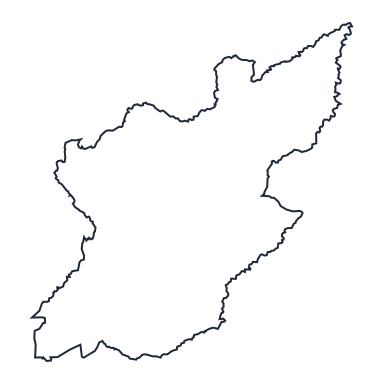 Zacualpan, Veracruz, Mexico
{"feature_id": "50627088B74691902992320", "entity_name": "Zacualpan", "entity_type": "district", "adm_level": 2, "iso_a3": "MEX", "parent_name": "Mexico", "parent_adm1": "Veracruz", "projection": "albers", "projection_center": [-98.327, 20.505], "detail": "fine", "context": "isolated", "style": "outline", "palette": "slate", "viewbox_px": 384, "rotation_deg": 0, "n_neighbors": 0, "source": "geoboundaries", "source_scale": "gbopen_adm2", "svg_char_len": 5866}
<svg xmlns="http://www.w3.org/2000/svg" viewBox="0 0 384 384"><path d="M223.4,311.9L222.0,308.6L223.6,306.8L223.5,303.3L222.2,301.7L224.1,298.0L226.3,297.8L228.4,295.0L228.0,293.1L226.4,291.0L226.7,288.1L225.7,285.2L228.2,283.8L228.7,282.5L230.7,281.6L231.2,278.6L235.8,278.9L236.3,275.5L239.5,274.3L241.7,271.3L242.7,271.0L245.0,271.9L245.0,269.4L250.2,269.6L250.3,268.5L248.9,267.8L249.4,264.7L251.6,264.0L253.0,261.8L257.0,262.2L258.0,258.8L260.5,254.9L261.9,254.3L264.4,255.5L266.8,255.2L267.7,252.0L270.3,252.0L271.3,250.8L273.6,250.6L275.8,248.6L277.8,247.8L278.3,243.4L281.4,243.1L282.5,242.3L281.9,240.1L283.6,239.6L283.8,238.2L282.0,236.5L282.0,234.5L282.7,233.2L285.2,232.3L284.5,230.6L285.2,229.1L287.7,228.1L291.7,228.0L293.8,223.7L295.5,222.9L296.0,221.1L298.4,218.2L300.9,216.6L302.6,213.1L301.5,211.6L299.6,210.9L293.1,211.4L286.6,209.6L280.7,206.1L278.4,201.7L274.0,197.8L271.6,197.8L269.3,196.2L262.0,195.8L264.4,193.7L264.3,192.4L267.2,186.8L267.6,178.4L268.9,176.5L267.6,175.3L267.8,171.9L267.3,170.4L272.0,163.6L271.8,161.8L272.5,160.9L274.0,161.0L275.7,162.5L277.9,162.6L278.3,160.7L280.8,159.6L282.7,156.3L287.7,155.1L288.1,154.2L292.0,152.0L294.3,149.7L299.0,150.5L301.6,152.0L306.8,150.8L311.4,148.5L312.1,147.8L312.3,144.4L316.3,143.3L316.1,133.4L317.6,131.8L319.3,132.4L320.2,131.3L319.6,127.9L320.5,126.7L322.3,126.7L323.1,125.0L323.0,122.0L324.2,119.7L327.1,119.6L329.1,120.6L330.3,118.9L330.9,116.0L333.7,116.6L334.6,116.2L335.0,113.9L333.1,111.7L332.7,110.1L334.1,108.8L337.1,108.0L337.8,104.9L340.6,103.9L335.9,100.9L334.2,97.0L337.3,96.1L337.5,95.1L339.5,94.0L337.5,92.6L335.0,92.2L335.5,89.0L335.1,86.6L336.3,84.8L335.9,82.7L338.7,83.6L340.2,83.3L340.9,81.0L340.7,80.1L338.0,78.1L338.8,76.1L338.5,74.4L339.5,72.8L337.8,69.0L337.9,68.4L339.5,68.8L340.6,66.9L340.0,65.7L335.8,62.6L337.5,59.9L336.2,58.8L336.3,58.1L340.7,56.2L340.9,55.5L340.3,50.2L342.3,46.0L344.3,44.9L341.8,43.8L341.5,42.3L343.5,40.0L346.3,39.0L344.6,35.2L346.7,34.1L348.8,35.0L350.4,34.3L350.9,33.2L350.0,30.0L348.4,27.5L349.1,26.7L352.0,26.4L350.1,23.0L347.6,23.6L345.7,24.9L343.9,24.6L342.3,25.1L340.6,26.9L339.5,29.7L334.9,29.8L334.7,31.0L330.2,33.1L328.1,34.7L327.8,35.8L324.1,34.3L323.2,34.8L321.5,37.5L319.7,37.9L318.4,40.5L316.1,41.2L315.6,43.4L313.3,46.9L311.1,46.0L307.9,46.1L307.0,48.1L304.5,48.1L303.7,48.9L303.1,51.0L302.1,51.9L298.7,52.0L298.8,53.2L300.3,54.9L299.6,56.3L295.9,55.8L295.5,56.9L292.2,57.5L292.6,58.7L289.9,61.1L285.7,61.9L285.3,61.3L283.9,61.5L280.5,62.6L280.2,63.6L274.2,65.1L273.9,66.3L271.9,65.9L269.9,67.0L269.5,67.7L271.0,69.1L270.7,69.9L267.1,70.4L267.7,72.0L265.5,72.0L262.4,75.4L261.1,79.4L259.3,80.3L258.1,79.7L253.7,81.8L251.4,80.9L251.5,77.1L254.0,74.7L252.9,64.9L254.9,62.1L252.3,60.5L249.5,61.2L246.9,60.1L241.9,59.9L238.6,58.3L236.0,55.4L234.9,55.4L234.3,56.4L233.2,56.2L231.4,58.2L229.0,56.8L224.5,58.1L222.5,60.3L222.2,62.2L218.8,63.9L214.5,68.6L214.3,69.8L216.1,71.3L216.2,75.3L217.0,76.5L216.3,82.5L217.3,84.9L216.4,86.8L218.0,90.0L215.1,91.0L214.0,92.8L214.9,97.6L217.6,99.2L216.7,100.3L216.8,101.3L215.7,102.3L215.6,104.6L214.6,104.4L214.9,106.6L214.1,107.2L210.0,109.3L207.2,108.9L204.7,110.9L202.7,110.1L201.3,110.4L199.3,112.6L197.7,116.1L193.6,116.6L193.6,119.6L191.8,120.1L190.3,119.2L188.6,119.5L188.1,121.6L184.9,120.7L182.8,121.4L180.0,121.2L177.8,118.3L176.0,118.6L173.1,116.3L170.4,116.7L163.6,110.9L161.8,110.6L160.5,111.5L159.3,110.9L155.2,107.9L153.8,105.7L149.0,104.1L147.4,104.2L146.0,102.6L143.1,103.5L143.1,105.1L141.4,105.6L138.5,105.1L137.5,104.2L134.2,105.0L133.0,106.4L132.3,108.5L130.3,108.8L128.7,108.0L127.5,109.3L127.4,110.5L128.8,112.1L126.3,113.6L124.0,120.2L124.9,121.2L123.2,122.4L122.4,126.4L121.2,127.0L118.9,126.8L113.0,130.6L107.3,130.4L104.7,131.9L100.5,136.0L99.7,139.2L97.1,141.8L94.5,147.2L92.0,147.8L91.2,146.4L84.8,149.1L83.4,148.5L82.0,146.5L81.2,148.3L79.1,147.4L77.9,144.7L79.5,140.6L80.6,139.4L75.9,140.4L71.7,140.1L65.5,142.9L64.6,147.8L65.3,149.0L64.7,151.1L65.3,157.6L64.6,161.9L62.8,162.1L61.5,160.5L58.3,161.0L57.0,162.1L56.6,163.4L57.9,168.3L57.0,170.7L56.2,170.6L54.4,172.6L56.7,176.7L55.7,177.9L56.0,178.7L58.4,180.4L58.6,182.5L61.7,184.2L66.8,190.7L68.2,191.4L68.9,193.4L70.4,194.7L70.1,195.2L70.5,195.0L72.9,197.5L74.5,200.3L74.3,202.2L72.8,203.6L75.2,207.3L78.8,209.6L79.1,210.4L84.1,212.9L84.9,215.4L86.7,217.5L88.6,216.6L89.5,217.1L90.6,220.9L92.9,221.8L92.6,223.3L95.5,227.5L95.0,231.5L94.0,232.3L93.5,236.4L92.6,238.6L91.6,239.3L89.2,237.8L88.8,239.2L87.7,238.7L86.4,240.6L84.1,237.1L83.2,241.9L82.3,243.5L81.7,249.1L84.0,255.5L83.9,259.5L80.9,260.5L79.5,262.3L78.0,270.2L72.2,271.2L70.7,273.9L68.8,274.7L69.7,277.0L66.9,276.8L67.4,280.2L64.1,283.1L63.1,286.5L59.2,288.3L58.3,287.2L57.2,287.3L57.7,289.8L56.0,291.4L54.7,291.2L53.3,292.8L53.8,293.1L53.1,296.0L51.5,297.7L49.1,298.4L49.0,301.1L47.0,301.8L43.3,301.8L41.9,303.6L39.4,310.8L32.0,317.6L42.1,317.3L44.7,317.9L45.1,320.7L45.0,322.8L43.2,323.0L39.4,328.8L34.7,330.8L34.3,338.4L35.7,344.7L35.1,357.5L41.1,357.4L42.6,358.5L43.2,357.4L46.7,361.0L51.0,360.5L51.3,358.5L50.5,357.3L57.6,357.1L69.9,349.6L80.4,344.7L81.8,356.2L82.4,357.3L84.0,357.5L94.9,350.9L97.3,347.1L99.1,342.6L102.3,340.9L104.3,343.8L105.1,343.9L106.2,346.1L107.7,347.1L108.8,346.7L110.8,347.9L113.6,347.9L114.5,349.3L115.3,348.7L119.1,350.4L122.4,354.4L128.5,356.6L129.8,358.6L136.2,359.6L137.0,358.4L139.8,357.4L142.2,354.7L145.6,354.3L153.1,356.4L156.5,356.3L160.5,357.6L162.0,355.1L163.8,354.2L167.2,354.4L172.1,350.9L177.0,349.4L177.1,346.8L180.6,345.5L181.5,343.3L183.9,342.8L184.3,341.0L187.8,339.5L190.2,339.2L191.8,339.7L192.6,337.7L193.7,337.3L194.0,335.0L197.9,334.1L201.4,332.0L204.4,332.5L204.7,331.1L206.1,331.1L206.4,330.3L210.4,328.4L213.5,327.7L217.9,328.9L221.5,321.9L224.0,321.8L225.2,320.7L223.4,318.7L219.6,319.1L220.9,314.2L221.7,312.8L222.9,312.7L223.4,311.9Z" fill="none" stroke="#1e293b" stroke-width="2"/></svg>